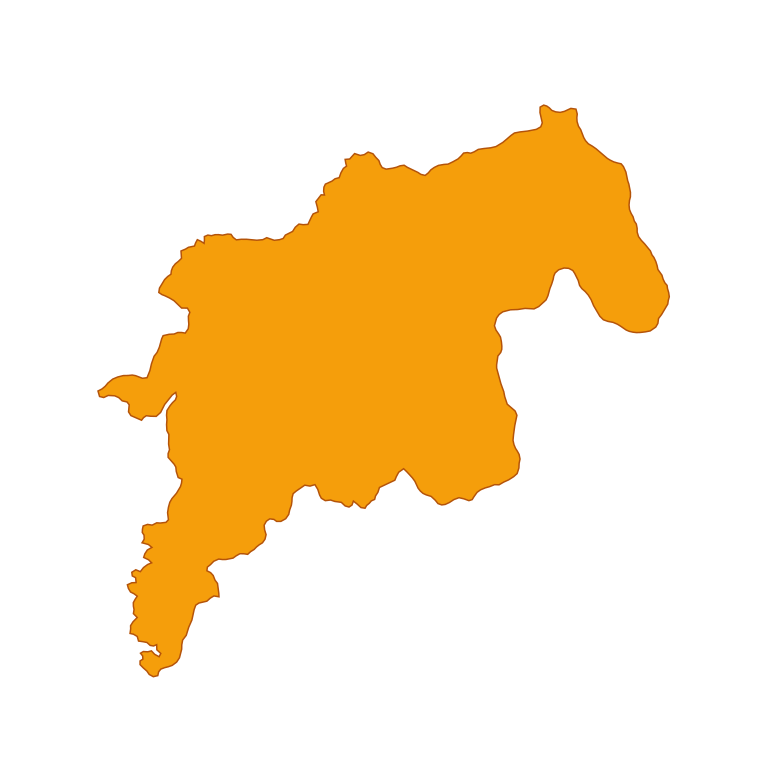 the district of Monte Carmelo, Minas Gerais, Brazil, rotated 259°
{"feature_id": "56859067B83982377642164", "entity_name": "Monte Carmelo", "entity_type": "district", "adm_level": 2, "iso_a3": "BRA", "parent_name": "Brazil", "parent_adm1": "Minas Gerais", "projection": "orthographic", "projection_center": [-47.485, -18.716], "detail": "fine", "context": "isolated", "style": "filled", "palette": "amber", "viewbox_px": 768, "rotation_deg": 259, "n_neighbors": 0, "source": "geoboundaries", "source_scale": "gbopen_adm2", "svg_char_len": 6143}
<svg xmlns="http://www.w3.org/2000/svg" viewBox="0 0 768 768"><g transform="rotate(259 384 384)"><path d="M431.7,101.9L426.0,102.4L424.2,106.3L425.4,111.1L423.8,117.4L421.3,121.0L417.4,123.8L415.4,128.3L412.2,129.9L405.4,127.9L401.3,129.5L394.7,139.1L396.9,141.6L398.2,144.6L396.9,148.7L395.7,154.2L398.7,159.3L405.8,164.8L413.6,174.0L415.5,178.0L411.3,178.1L408.2,176.2L406.0,172.8L403.5,169.8L399.4,165.9L394.9,164.6L390.3,164.1L385.6,162.8L379.7,162.0L375.5,163.2L366.1,161.1L360.4,160.9L356.9,158.8L353.2,158.1L345.3,162.7L342.2,163.8L337.7,163.4L331.5,164.1L329.1,167.5L325.3,166.3L322.1,164.6L316.4,159.5L312.0,154.0L308.8,151.2L304.2,148.9L299.0,147.0L291.9,146.5L289.8,143.6L290.2,137.8L291.1,134.4L289.7,129.5L291.3,125.1L290.6,120.5L287.6,119.2L284.4,118.4L281.4,119.6L277.4,119.0L274.3,116.2L271.4,122.1L267.9,125.0L266.2,120.0L262.9,116.8L259.6,115.0L256.4,119.3L252.8,121.8L251.9,117.5L249.7,112.9L246.3,109.0L249.0,104.9L247.3,100.5L243.6,100.3L241.3,103.2L236.4,102.8L237.0,98.5L235.9,93.8L232.0,94.1L228.2,95.5L225.8,98.6L222.8,101.3L220.2,98.7L217.2,96.2L213.7,95.6L210.3,95.6L206.4,94.2L201.9,97.2L198.4,92.2L195.1,89.1L192.0,88.6L187.6,87.1L186.2,90.3L183.3,93.6L178.5,94.0L177.0,98.3L175.5,102.0L172.0,104.6L170.8,107.8L171.5,111.1L166.4,110.3L162.1,113.5L159.2,111.2L162.4,107.3L166.4,104.8L166.2,101.0L167.3,96.7L166.2,93.6L163.1,95.2L159.9,94.8L158.7,91.7L155.1,91.0L151.3,93.5L147.4,96.5L143.7,98.1L140.7,101.7L140.9,106.3L144.5,107.9L146.7,110.5L147.4,114.5L147.6,118.3L148.2,122.4L150.6,127.4L154.3,131.0L162.3,134.8L166.5,135.7L171.1,137.5L175.0,141.9L182.5,145.9L189.0,150.4L198.8,154.6L202.8,157.0L204.3,160.5L204.6,168.7L207.0,172.7L208.4,176.6L206.6,181.4L210.0,181.9L220.0,182.5L223.7,180.7L228.6,179.8L231.9,177.8L234.5,174.5L238.0,175.7L239.8,179.2L242.5,183.1L243.7,188.3L242.5,192.0L241.9,195.4L241.9,202.6L243.5,206.0L244.9,210.1L244.1,214.0L242.8,217.7L244.9,221.1L246.4,225.0L248.4,227.8L250.0,230.9L251.3,234.4L254.4,237.6L258.6,239.5L263.6,239.0L268.3,239.4L271.8,242.4L273.4,246.1L272.1,250.1L269.6,252.4L268.8,256.5L270.5,261.8L274.2,265.6L278.4,267.4L282.8,270.0L286.3,271.2L290.0,272.1L293.7,273.9L295.7,277.5L299.8,286.9L297.9,291.9L298.4,297.0L293.2,298.9L287.3,299.6L283.8,300.7L280.7,304.1L280.3,309.4L278.1,313.3L276.0,319.5L271.7,322.6L269.9,326.2L271.3,329.5L274.9,331.6L271.2,334.8L267.1,337.8L265.7,341.7L268.1,343.8L269.7,346.8L271.7,349.3L272.5,352.8L275.7,354.3L278.8,357.3L283.3,359.8L287.5,376.3L290.7,378.4L294.6,381.6L297.1,387.1L293.1,389.9L286.4,394.0L282.5,395.8L275.2,397.6L271.9,399.3L269.2,401.4L267.1,404.3L264.7,408.8L260.2,412.1L256.3,414.2L254.3,417.6L254.1,421.1L255.2,425.6L257.2,430.5L258.1,435.9L256.0,440.6L253.3,445.1L253.7,448.5L256.2,450.8L259.9,454.7L261.7,458.6L262.7,463.5L263.1,468.2L264.1,473.3L263.1,477.7L264.9,482.9L266.1,488.0L268.3,493.6L270.7,497.6L275.8,500.4L280.3,501.5L284.4,503.2L289.1,503.2L292.8,502.0L295.8,500.8L299.7,500.0L304.1,499.9L309.6,501.5L318.4,504.5L327.9,508.5L332.4,507.6L340.7,501.1L348.5,500.1L353.6,500.1L362.0,498.8L378.1,497.6L381.3,498.2L389.7,501.1L392.7,504.6L395.5,506.2L398.7,506.9L402.9,507.3L407.8,507.3L411.2,506.1L415.6,504.2L420.1,503.5L427.3,507.1L430.3,510.3L432.2,514.4L432.7,522.3L431.6,529.5L431.3,536.9L429.1,545.6L430.5,550.7L435.6,559.1L439.4,561.8L446.1,565.1L450.0,567.6L454.6,570.1L457.5,571.2L460.3,573.1L462.8,577.2L463.5,582.9L462.3,587.4L459.4,591.0L456.2,592.3L448.6,594.4L443.4,594.8L439.9,596.4L436.3,599.2L432.3,601.5L427.3,603.4L420.9,604.7L409.3,608.8L405.2,611.6L402.7,615.8L400.8,620.6L398.1,624.6L395.7,627.2L390.8,632.0L388.9,634.8L387.4,638.2L386.3,641.6L385.7,645.3L385.3,650.5L385.3,655.4L388.0,661.6L391.2,664.4L395.9,666.0L399.2,669.7L408.3,677.8L411.8,679.0L415.2,680.7L419.4,680.9L423.6,680.5L426.8,680.7L429.8,679.0L433.6,678.0L437.8,677.6L444.2,674.7L447.9,674.7L452.4,674.2L456.7,673.1L459.6,671.7L463.8,670.9L471.8,666.6L475.9,664.0L480.1,662.0L484.8,661.5L488.5,662.2L492.9,662.2L496.2,660.8L500.6,660.4L504.4,659.1L508.4,658.3L513.0,658.7L517.4,660.0L520.7,661.6L525.1,662.5L533.5,662.5L537.0,662.0L545.9,661.9L551.8,660.5L554.9,658.8L556.3,655.6L558.2,651.9L560.7,648.6L562.8,646.3L574.5,637.0L577.8,633.8L580.8,630.4L584.5,628.2L587.8,627.1L596.2,625.6L599.9,624.1L604.8,623.6L608.6,624.1L612.1,625.2L617.2,624.9L618.9,620.0L617.2,613.1L617.0,608.8L618.4,604.4L620.6,600.9L623.5,599.0L625.8,596.8L627.3,594.0L626.0,590.1L620.7,588.9L610.1,589.2L606.5,586.9L604.9,582.1L604.9,573.2L605.5,565.6L605.5,559.9L603.8,556.2L598.5,546.8L595.7,539.2L595.5,533.7L596.1,526.8L596.3,521.3L594.7,516.8L594.0,513.2L595.3,509.9L595.5,506.2L593.2,503.3L590.8,499.6L589.0,494.1L587.6,488.8L588.1,484.8L588.2,479.2L587.0,474.7L585.3,470.9L582.8,467.8L580.9,464.2L582.8,460.1L585.2,457.7L592.2,448.3L594.9,445.5L595.1,441.4L594.4,437.7L594.2,433.6L594.5,427.1L596.8,423.5L600.3,422.2L604.3,421.6L608.2,419.1L612.1,417.1L614.7,412.7L612.9,408.4L612.9,404.3L615.8,399.1L611.4,393.2L611.9,388.7L608.3,388.6L605.0,388.8L603.4,385.3L599.5,382.0L595.1,379.4L594.8,375.1L593.1,371.7L591.4,364.6L588.7,362.6L584.7,361.5L580.9,361.6L581.7,358.4L576.0,351.9L570.3,352.3L565.6,352.3L564.5,346.9L561.9,344.7L555.2,339.8L555.8,335.1L557.2,331.0L554.8,326.8L551.2,323.4L549.0,315.6L546.1,312.8L545.6,309.0L546.0,303.7L550.0,296.8L548.8,292.6L549.4,286.6L552.2,277.0L553.3,271.5L553.7,266.5L556.7,263.9L560.1,262.4L561.0,259.2L560.9,253.9L562.2,250.0L562.8,246.7L562.5,242.9L563.8,239.5L563.0,235.8L559.5,235.2L556.4,234.2L559.1,231.4L561.3,228.3L558.3,225.9L555.6,224.3L555.5,218.1L554.3,214.9L553.3,210.1L546.0,209.2L543.5,205.4L541.8,202.1L539.0,198.9L535.8,196.9L532.4,195.8L530.8,192.2L528.4,188.6L521.0,181.9L516.8,180.4L514.1,183.1L512.4,185.8L509.5,189.7L505.9,193.7L497.2,199.8L496.0,205.5L491.4,207.1L487.9,204.9L483.5,204.2L479.9,203.8L475.6,202.4L471.9,198.6L473.2,195.1L473.9,191.4L473.1,187.5L473.8,182.6L473.6,176.4L470.8,174.4L463.0,170.5L458.3,167.3L455.1,163.6L448.2,159.6L441.9,156.8L435.4,152.6L435.7,148.0L439.6,141.7L440.8,138.6L441.2,134.3L442.0,129.7L441.7,124.0L440.6,118.7L437.8,113.4L434.9,109.8L432.9,106.1L431.7,101.9Z" fill="#f59e0b" stroke="#b45309" stroke-width="1.5"/></g></svg>